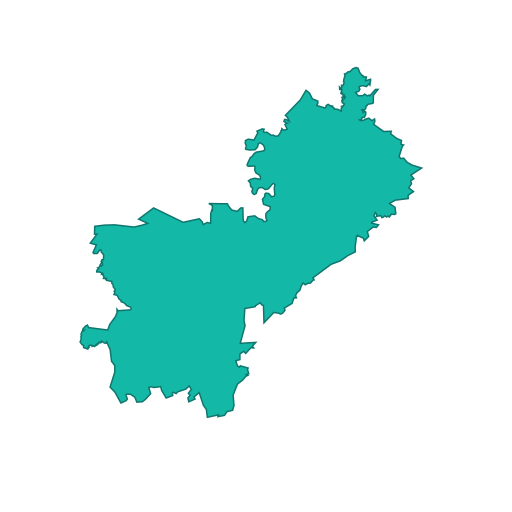 the district of Umzinyathi, KwaZulu-Natal, South Africa, rotated 236°
{"feature_id": "47623444B41861303399053", "entity_name": "Umzinyathi", "entity_type": "district", "adm_level": 2, "iso_a3": "ZAF", "parent_name": "South Africa", "parent_adm1": "KwaZulu-Natal", "projection": "equal_earth", "projection_center": [30.717, -28.61], "detail": "fine", "context": "isolated", "style": "filled", "palette": "teal", "viewbox_px": 512, "rotation_deg": 236, "n_neighbors": 0, "source": "geoboundaries", "source_scale": "gbopen_adm2", "svg_char_len": 6111}
<svg xmlns="http://www.w3.org/2000/svg" viewBox="0 0 512 512"><g transform="rotate(236 256 256)"><path d="M144.1,134.6L141.5,140.8L143.2,144.8L141.2,150.3L144.3,154.1L153.5,159.3L160.2,169.0L160.6,175.5L162.0,180.5L161.6,182.4L163.1,181.7L162.4,184.1L166.8,185.6L167.5,186.8L173.7,181.6L173.1,180.1L175.3,179.2L180.5,180.7L179.1,184.7L183.8,187.9L183.8,192.5L181.0,193.0L182.8,200.4L181.1,202.7L183.3,202.5L184.5,207.5L192.4,194.1L204.4,208.0L209.3,210.0L218.7,217.4L214.5,226.8L215.1,228.0L214.9,233.4L212.4,233.4L210.8,234.5L196.2,225.3L199.2,239.2L195.9,242.8L194.1,243.9L193.7,245.8L194.8,249.7L197.0,250.4L196.5,259.4L200.0,263.8L198.7,266.1L200.8,266.5L202.4,268.7L203.1,273.2L205.6,276.4L207.3,280.0L204.6,280.7L204.3,283.8L203.1,286.0L204.1,289.8L203.7,290.8L206.1,291.0L207.1,313.7L204.8,323.3L205.0,332.5L203.9,340.6L208.1,343.3L215.9,350.2L216.7,352.4L215.7,350.9L215.3,352.0L210.8,355.0L208.0,354.2L209.2,360.4L214.0,361.9L214.5,369.2L212.4,371.8L213.3,375.0L218.6,370.2L219.3,370.9L218.0,376.4L223.4,376.3L225.3,379.1L222.9,379.4L221.4,378.0L219.8,382.0L217.4,381.8L217.0,383.4L217.4,385.1L215.3,386.1L215.1,388.2L213.8,388.3L215.0,391.9L213.1,393.8L212.8,395.5L218.6,398.5L224.9,396.0L224.4,402.7L218.5,414.3L221.3,416.1L221.3,422.6L227.1,420.7L228.9,425.3L231.7,426.3L232.2,427.3L231.8,427.9L231.8,430.1L236.5,429.6L236.3,442.5L244.1,436.2L249.2,433.7L254.5,433.2L255.8,430.5L258.5,430.3L265.3,438.9L265.5,440.4L267.6,438.7L270.4,441.2L275.0,438.3L282.0,436.0L283.8,437.9L287.8,431.5L299.5,427.1L301.2,429.9L303.3,430.9L303.4,427.8L307.2,426.6L308.3,422.8L308.1,421.7L309.7,418.5L311.0,417.9L310.4,419.9L311.5,421.6L310.3,423.3L311.7,425.8L313.9,427.5L315.1,427.0L315.0,425.0L316.4,425.6L317.9,425.4L317.3,426.7L316.3,427.1L317.0,429.6L318.9,431.0L318.5,431.8L319.2,433.7L317.3,438.0L317.4,438.9L323.6,443.2L325.9,450.3L327.3,448.1L325.1,440.0L326.2,439.7L326.5,437.8L329.5,436.6L329.1,434.6L331.5,430.5L335.9,429.9L335.1,433.5L336.3,435.5L335.9,436.1L336.3,435.5L336.4,435.1L338.7,436.1L337.8,439.5L334.7,442.3L335.6,446.0L334.1,446.0L337.8,449.5L338.5,449.8L340.0,444.7L342.7,447.6L344.6,445.0L345.6,445.6L346.7,444.8L349.9,444.6L354.5,445.6L356.3,444.4L357.1,440.9L356.2,436.8L357.0,436.0L357.2,434.3L356.8,433.9L357.4,431.1L356.1,430.9L353.1,427.4L351.6,426.1L350.8,426.3L349.4,424.6L348.8,423.7L349.7,422.3L347.6,421.2L347.1,420.1L349.3,419.7L347.3,418.5L346.0,420.2L343.4,417.4L342.7,418.8L342.1,417.8L340.8,418.0L340.2,419.2L339.6,418.4L337.9,419.0L337.1,417.1L338.3,418.0L339.5,416.8L339.5,416.0L337.4,415.3L336.7,413.8L335.6,414.1L335.0,413.2L332.6,414.3L331.7,412.4L332.2,410.7L331.2,411.0L330.9,409.4L328.5,407.7L331.9,405.8L334.0,403.1L334.6,403.6L336.4,402.7L337.4,403.4L338.1,402.7L337.9,402.1L341.4,400.6L341.5,398.3L340.3,397.2L340.1,396.0L346.8,390.5L348.1,392.7L349.9,393.9L354.8,390.6L361.3,391.5L365.4,390.1L360.6,380.0L356.2,359.0L353.6,359.6L349.1,359.0L352.4,357.2L353.2,356.0L351.9,354.3L348.7,356.0L349.1,355.3L348.8,353.5L343.7,352.9L344.3,350.4L345.3,349.2L347.1,348.6L345.9,347.7L346.0,346.9L345.2,346.5L343.1,341.5L344.5,339.1L346.7,337.8L347.5,336.2L352.7,334.1L353.8,331.9L354.8,331.6L356.6,333.6L357.9,332.2L359.0,326.6L357.0,326.3L353.3,319.1L357.2,314.9L357.6,311.8L355.5,310.1L352.6,309.6L350.9,307.3L350.1,307.2L347.3,310.1L344.6,314.8L345.5,318.2L347.9,320.9L347.6,322.8L344.0,324.2L340.6,323.6L339.1,322.3L338.9,321.0L342.0,314.2L341.9,311.4L340.9,309.2L340.6,306.0L337.0,300.1L336.2,299.4L334.7,299.7L331.7,304.8L330.8,305.2L327.9,303.0L324.8,302.4L321.4,304.0L318.5,303.8L317.3,302.3L321.2,298.4L322.6,294.2L322.5,291.7L319.9,292.1L316.5,290.4L314.2,291.3L311.7,288.6L309.9,288.2L308.0,288.9L307.7,291.1L310.0,294.1L310.8,296.0L310.6,297.3L309.0,299.6L306.1,300.7L305.2,302.2L304.8,304.0L306.6,310.1L306.1,311.3L304.4,311.6L302.3,309.2L296.2,305.8L295.5,304.6L296.3,302.1L300.7,301.5L302.6,299.4L302.5,298.2L300.3,296.3L299.4,293.0L294.6,291.2L288.9,295.4L286.4,293.5L286.4,290.6L285.5,287.8L282.1,285.5L279.4,285.0L279.3,283.4L280.2,281.7L282.5,281.6L285.9,278.8L290.0,277.4L293.0,271.3L290.2,267.8L289.9,265.5L292.0,265.2L294.2,266.2L303.2,272.0L304.4,270.2L303.5,265.4L307.7,261.6L313.7,261.1L315.2,261.6L325.9,246.2L322.3,248.1L318.2,245.4L318.9,245.2L316.5,242.2L308.5,236.7L311.0,234.4L311.6,229.8L314.4,230.5L318.5,229.9L324.7,214.4L353.1,198.0L352.2,179.3L343.6,184.5L345.3,178.6L348.2,171.1L360.9,156.2L366.3,147.7L370.8,138.9L364.4,134.3L363.1,136.4L359.3,125.8L354.5,129.9L350.0,122.8L348.7,122.9L346.9,125.8L348.3,129.6L347.9,130.8L346.0,130.0L342.0,130.3L338.2,127.4L339.0,126.2L337.9,124.5L337.1,124.9L336.4,123.3L336.1,124.7L334.3,123.8L334.2,122.2L335.4,122.3L335.6,121.4L334.7,120.9L334.6,119.6L334.0,119.1L334.6,118.1L333.6,118.1L333.1,116.0L331.8,115.0L330.5,117.0L328.0,119.0L327.2,117.7L326.4,119.1L325.7,118.4L323.8,118.4L322.7,117.0L321.0,119.5L320.5,118.3L319.3,118.6L315.6,122.2L313.9,121.2L312.1,121.6L310.4,120.4L306.9,120.5L306.2,120.0L306.1,118.7L304.5,118.5L303.5,116.7L301.1,118.9L296.7,118.4L294.5,119.4L293.6,118.6L290.5,120.7L287.2,121.0L283.8,123.4L282.1,123.2L281.6,121.7L287.8,111.0L289.5,110.9L286.7,109.1L284.4,105.7L281.1,96.5L277.5,91.7L290.2,77.3L293.0,77.6L293.2,75.3L292.3,71.8L291.3,70.7L290.6,72.0L290.4,69.1L288.9,67.1L287.6,67.0L287.3,66.0L284.7,64.4L283.1,62.1L279.9,62.2L278.4,63.0L276.4,61.9L272.9,64.5L273.3,65.5L274.1,65.6L273.8,66.8L274.8,66.7L275.0,68.1L273.8,70.0L272.7,69.5L271.9,71.8L271.4,71.6L271.3,73.1L271.9,73.6L271.1,74.2L272.0,75.1L271.3,76.0L272.1,76.5L272.1,78.3L271.3,77.9L270.8,79.3L271.7,80.4L268.7,81.6L267.6,82.9L268.3,84.2L259.9,82.7L249.6,77.4L244.1,77.6L238.8,74.1L228.9,61.7L221.8,62.9L209.6,61.8L208.7,67.6L209.4,69.4L213.6,70.4L213.8,71.5L211.5,74.7L206.6,76.6L201.5,75.5L198.7,80.3L199.0,84.3L200.8,91.7L207.0,93.6L206.0,96.3L204.2,97.6L201.0,103.9L197.2,102.6L188.5,102.1L186.9,109.0L189.2,110.0L189.3,111.2L186.6,112.8L187.2,115.0L184.9,123.4L185.6,127.9L181.7,127.9L180.0,123.1L177.5,123.6L176.4,120.2L172.7,118.7L171.5,125.5L173.8,125.6L174.5,132.5L161.6,128.9L156.5,129.0L149.5,125.5L145.3,136.0L144.1,134.6Z" fill="#14b8a6" stroke="#0f766e" stroke-width="1.5"/></g></svg>